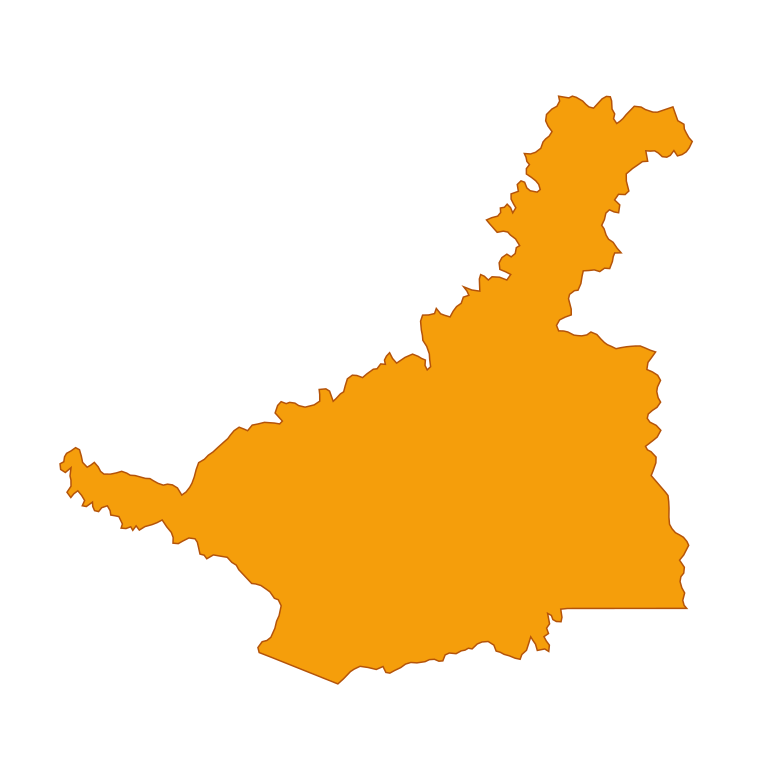 outline of Turvo, Paraná, Brazil, rotated 4°
{"feature_id": "56859067B5145153824108", "entity_name": "Turvo", "entity_type": "district", "adm_level": 2, "iso_a3": "BRA", "parent_name": "Brazil", "parent_adm1": "Paraná", "projection": "orthographic", "projection_center": [-51.495, -24.966], "detail": "fine", "context": "isolated", "style": "filled", "palette": "amber", "viewbox_px": 768, "rotation_deg": 4, "n_neighbors": 0, "source": "geoboundaries", "source_scale": "gbopen_adm2", "svg_char_len": 5831}
<svg xmlns="http://www.w3.org/2000/svg" viewBox="0 0 768 768"><g transform="rotate(4 384 384)"><path d="M228.0,453.4L222.7,458.9L218.2,463.7L213.7,467.3L210.1,471.6L204.6,475.4L202.6,482.4L201.2,490.0L199.4,496.3L197.4,500.6L194.1,505.5L190.0,508.9L185.2,502.1L180.0,499.4L175.0,499.0L170.9,500.3L165.4,498.8L160.5,496.5L157.1,494.7L152.6,494.8L142.1,492.7L137.2,492.7L133.7,490.9L128.4,489.4L123.1,491.4L117.4,493.0L110.9,493.4L107.4,491.0L104.6,486.5L100.5,482.4L97.1,485.4L93.7,487.7L88.8,483.2L87.1,477.1L84.8,470.8L80.8,469.0L76.4,472.6L72.2,475.3L70.4,478.9L70.0,483.9L66.4,486.2L67.4,491.8L72.3,494.5L77.6,489.3L77.2,497.6L78.4,501.6L78.9,507.8L75.3,514.1L79.5,519.1L82.3,515.1L86.0,511.9L90.1,516.2L93.5,521.1L91.5,526.5L95.6,527.0L101.4,522.2L102.0,526.5L104.1,530.5L108.2,531.2L111.0,527.1L116.5,524.8L119.6,529.4L120.6,533.8L124.8,534.2L128.8,534.8L132.8,541.9L131.8,546.1L136.7,546.2L141.3,544.1L143.6,547.5L146.6,542.8L150.1,546.8L155.5,542.9L162.3,540.5L167.2,538.2L172.2,535.1L177.2,541.6L182.2,546.9L184.4,551.9L184.6,557.5L189.9,557.6L194.4,554.6L200.1,551.2L206.3,551.6L208.8,554.8L210.4,560.0L212.3,566.5L216.5,567.3L219.4,570.7L225.7,566.4L234.4,567.3L239.7,567.8L244.6,572.5L249.3,575.0L252.1,579.4L265.9,592.2L269.9,592.4L275.3,593.6L280.2,596.5L284.7,599.3L289.6,605.4L293.6,606.6L296.9,612.4L295.5,622.4L293.4,628.1L292.2,635.3L288.8,644.6L285.1,648.0L280.4,649.6L276.6,655.7L278.2,660.6L292.0,664.9L358.9,686.4L364.1,681.0L370.6,673.2L374.1,670.5L379.8,667.3L387.9,667.9L396.2,669.3L402.7,665.9L406.0,671.6L410.0,672.0L414.5,669.1L420.5,665.7L425.0,661.9L430.2,659.9L436.3,659.9L444.4,658.1L448.5,655.8L453.5,655.1L458.1,656.7L462.0,656.1L463.9,650.0L467.9,647.8L474.7,648.0L479.7,644.8L483.4,643.8L486.6,641.7L490.4,642.1L495.2,636.8L499.8,634.5L505.9,633.6L511.8,636.8L514.5,642.6L518.7,643.5L522.6,645.3L527.9,646.4L534.0,648.4L539.0,649.1L540.4,644.2L544.7,639.7L546.5,632.5L548.0,626.0L550.6,629.6L553.3,633.0L555.5,639.1L562.8,637.1L567.0,639.3L567.2,633.0L563.8,629.0L561.2,624.9L565.5,621.4L563.2,616.2L565.9,611.7L563.2,601.4L567.1,603.2L568.9,607.2L572.5,608.9L577.2,608.8L577.8,604.3L576.0,596.3L582.8,595.1L701.6,586.7L698.8,583.8L697.1,579.0L698.5,571.5L695.3,566.5L693.1,560.4L693.6,555.5L696.2,551.7L696.4,545.9L693.7,542.4L691.1,539.1L694.9,533.7L697.6,527.4L699.2,523.7L697.2,520.0L693.4,516.0L689.5,514.0L685.1,512.0L681.4,508.3L678.6,504.0L677.5,496.9L677.0,488.1L676.2,481.4L675.1,475.5L672.5,472.5L656.9,456.7L658.3,452.4L660.7,443.7L660.5,437.9L655.1,432.9L651.4,431.3L649.2,427.9L656.3,421.6L660.2,417.9L663.4,410.9L658.5,406.3L651.9,403.5L649.0,399.9L649.7,395.5L653.5,391.7L658.0,388.2L661.2,382.8L658.4,378.5L656.6,372.5L657.0,367.9L659.6,361.1L656.4,356.2L651.1,353.3L645.2,351.2L645.8,344.1L648.8,339.4L652.7,333.1L647.2,331.7L641.6,329.7L636.9,328.2L632.0,328.6L627.7,329.2L623.5,329.9L617.9,331.2L613.0,332.6L608.4,330.7L604.1,329.2L600.9,327.2L597.2,324.0L592.9,319.8L586.8,317.7L582.9,320.9L577.8,322.2L574.0,322.2L570.1,322.0L563.8,319.3L559.6,318.6L554.5,318.8L552.0,313.5L554.7,307.8L559.9,304.7L566.0,302.0L565.5,296.2L562.1,286.0L562.9,281.6L567.5,277.6L571.0,276.9L573.4,270.1L574.1,262.3L574.9,257.2L580.4,256.5L585.8,255.5L591.4,256.8L595.9,253.1L601.1,253.1L603.3,245.8L603.8,241.0L605.0,237.2L611.4,236.6L607.0,232.2L602.7,226.7L597.9,223.9L595.2,220.0L592.7,213.8L590.1,210.5L592.4,204.6L593.4,198.1L596.7,194.5L601.6,196.3L606.1,196.8L606.7,188.9L601.2,184.3L604.7,178.4L611.3,178.2L614.8,174.4L611.6,164.7L611.0,157.5L616.9,151.7L621.8,147.8L626.3,144.1L631.5,143.4L628.9,133.1L633.4,133.1L637.7,132.5L641.5,134.4L645.7,137.8L650.3,138.0L653.6,136.0L656.9,130.9L660.8,136.0L665.4,134.3L669.3,131.3L672.0,127.1L674.6,120.6L670.9,116.9L667.9,112.3L665.8,108.7L665.1,104.0L658.7,100.8L652.9,87.4L637.7,93.8L633.3,94.0L625.6,92.0L621.2,89.8L614.3,89.5L606.7,98.5L603.9,102.5L601.0,105.5L598.0,107.9L594.5,103.4L595.3,98.5L592.3,93.8L591.3,85.7L589.7,81.7L585.8,81.6L581.7,84.3L573.8,94.2L569.1,93.3L565.8,90.9L562.5,87.9L555.8,84.6L551.8,83.7L548.5,85.7L543.2,85.2L538.1,84.7L539.5,89.5L537.1,94.9L532.3,98.0L527.3,103.8L526.9,110.2L529.6,115.2L534.0,120.5L531.5,125.2L528.1,128.3L525.8,131.4L524.0,137.9L519.0,142.3L514.1,144.3L507.9,144.3L509.9,148.0L511.0,152.0L513.8,155.0L511.0,159.2L511.4,164.6L516.5,167.5L521.2,170.7L524.4,174.1L526.3,179.1L523.4,181.9L516.3,181.0L512.8,178.4L510.2,172.9L506.5,171.8L503.0,175.7L504.6,182.4L497.5,185.5L497.9,190.7L500.6,195.2L503.2,199.0L500.5,204.3L497.9,199.2L494.3,196.0L491.8,199.3L487.8,200.3L488.4,204.8L485.7,208.6L479.8,210.6L474.8,213.2L477.9,216.5L486.3,224.8L492.4,223.2L496.9,223.8L499.6,226.5L505.1,230.1L509.7,236.5L506.5,238.7L505.8,244.7L502.0,248.3L497.5,245.9L492.8,249.7L490.4,255.1L491.6,261.6L497.5,263.6L502.8,265.9L499.3,271.7L491.8,269.4L484.3,269.5L480.8,273.0L476.6,269.5L472.8,268.1L471.8,272.6L473.1,284.7L465.1,284.1L456.7,281.5L460.2,285.4L462.5,289.6L457.1,291.8L455.4,298.1L451.0,301.7L448.0,306.4L445.2,312.5L439.5,311.2L435.6,310.0L430.9,305.0L429.5,310.2L423.8,312.0L417.7,312.6L416.1,318.8L417.5,327.6L418.9,332.7L419.7,337.7L424.0,343.5L427.1,350.7L427.9,356.5L429.3,363.5L426.1,366.9L423.6,362.6L423.6,357.2L419.7,355.9L416.1,354.0L410.4,352.2L403.1,356.0L395.1,362.3L390.7,357.9L387.4,352.4L384.5,356.0L382.8,360.1L384.0,364.3L379.3,364.2L376.0,369.3L372.3,370.0L366.2,375.1L362.2,379.1L356.3,377.4L351.8,377.4L347.1,381.4L345.4,388.7L344.3,394.6L341.2,396.9L337.2,401.9L334.5,404.8L330.2,394.9L326.4,392.9L319.7,394.0L320.6,398.9L321.1,405.6L315.8,409.7L306.9,412.6L300.4,411.5L296.5,409.3L291.2,408.9L287.8,410.4L282.6,408.8L279.4,412.8L277.4,420.5L280.9,423.9L285.2,428.1L282.7,431.1L277.2,430.6L267.4,430.6L261.3,432.6L255.4,434.2L251.2,440.1L247.7,438.8L242.5,437.2L237.7,441.0L234.3,445.7L232.0,449.4L228.0,453.4Z" fill="#f59e0b" stroke="#b45309" stroke-width="1.5"/></g></svg>